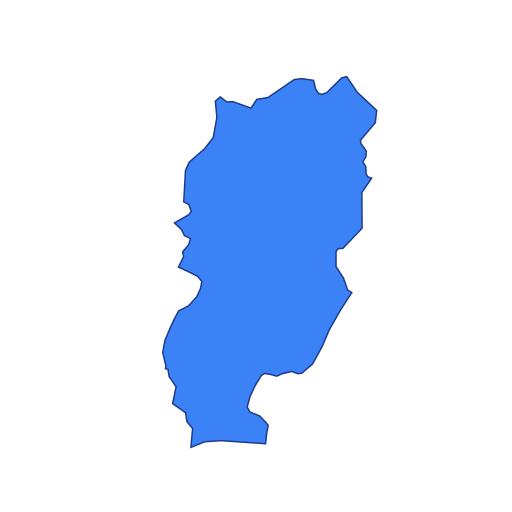 the Unitary Single-Tier County of Durham, rotated 115°
{"feature_id": "GBR-2029", "entity_name": "Durham", "entity_type": "Unitary Single-Tier County", "adm_level": 1, "iso_a3": "GBR", "parent_name": "United Kingdom", "parent_adm1": "", "projection": "equal_earth", "projection_center": [-1.775, 54.677], "detail": "fine", "context": "isolated", "style": "filled", "palette": "blue", "viewbox_px": 512, "rotation_deg": 115, "n_neighbors": 0, "source": "natural_earth", "source_scale": "10m", "svg_char_len": 1407}
<svg xmlns="http://www.w3.org/2000/svg" viewBox="0 0 512 512"><g transform="rotate(115 256 256)"><path d="M422.1,168.0L438.1,209.6L445.9,223.8L456.9,234.1L455.4,234.7L439.2,240.5L435.3,248.6L427.8,253.6L425.0,269.2L408.4,273.1L405.1,278.5L402.1,283.7L396.0,287.8L396.4,290.5L393.7,291.2L382.8,299.8L370.8,302.9L356.3,303.4L347.2,303.4L338.4,302.9L329.7,296.1L318.0,292.5L309.3,292.5L302.0,294.3L299.1,300.2L298.8,308.8L298.8,316.5L298.8,321.6L287.3,321.3L283.2,324.3L274.4,321.8L267.9,322.7L267.8,329.4L263.3,335.1L260.5,343.9L247.0,334.4L242.9,333.6L237.8,338.6L237.4,344.4L208.4,356.0L199.2,356.2L180.7,348.0L166.7,344.8L147.0,350.0L132.8,358.3L126.9,355.6L128.7,347.8L125.9,342.1L124.1,323.0L113.7,321.5L107.3,312.1L79.9,295.9L75.8,289.2L72.5,278.1L79.6,272.4L82.2,267.9L81.7,264.6L78.0,260.9L58.4,253.6L55.1,249.7L64.9,233.2L73.0,208.2L84.8,204.2L106.9,210.3L109.8,208.4L114.2,200.5L119.7,198.3L125.4,199.0L128.6,194.3L135.3,190.8L137.0,187.8L136.6,184.1L153.7,186.9L186.0,171.6L212.4,180.5L214.7,184.8L218.2,185.3L231.8,179.0L239.1,167.3L248.1,158.6L248.7,153.7L268.4,156.5L291.7,158.4L310.5,157.8L330.0,159.1L336.5,162.1L342.7,164.9L345.0,168.2L345.5,174.7L351.6,182.5L356.1,186.4L357.2,192.9L358.9,198.7L362.2,200.7L373.9,202.0L386.1,202.0L396.7,200.1L400.0,195.5L399.4,185.1L402.7,176.6L404.3,173.4L412.1,171.4L418.0,169.4L422.1,168.0Z" fill="#3b82f6" stroke="#1e3a8a" stroke-width="1.5"/></g></svg>